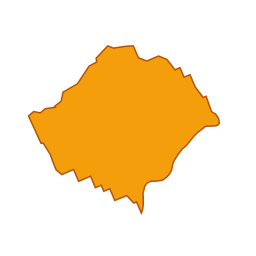 Scott, Missouri, United States of America, rotated 67°
{"feature_id": "52423323B46745928167529", "entity_name": "Scott", "entity_type": "district", "adm_level": 2, "iso_a3": "USA", "parent_name": "United States of America", "parent_adm1": "Missouri", "projection": "mercator", "projection_center": [-89.519, 37.056], "detail": "fine", "context": "isolated", "style": "filled", "palette": "amber", "viewbox_px": 256, "rotation_deg": 67, "n_neighbors": 0, "source": "geoboundaries", "source_scale": "gbopen_adm2", "svg_char_len": 1167}
<svg xmlns="http://www.w3.org/2000/svg" viewBox="0 0 256 256"><g transform="rotate(67 128 128)"><path d="M78.0,214.9L87.6,214.6L102.0,214.2L108.2,214.0L108.7,212.0L121.9,209.9L132.2,210.5L138.5,210.5L145.0,207.2L144.9,194.3L157.8,194.3L157.7,181.3L170.2,181.4L170.2,175.0L176.8,175.0L176.8,168.5L189.5,168.5L189.7,155.5L199.3,152.1L199.4,149.0L211.5,149.0L209.9,147.4L207.9,145.9L205.0,144.2L199.8,141.8L194.0,139.7L188.4,135.5L187.2,134.0L186.4,132.5L186.1,131.7L185.9,128.7L186.0,127.5L188.2,121.9L189.3,117.5L189.3,115.1L188.2,111.3L186.3,107.4L185.0,105.6L183.1,103.9L178.1,100.4L176.6,98.9L175.7,97.8L171.7,92.0L168.3,85.9L167.3,81.8L161.0,69.9L159.0,64.9L158.7,63.2L156.9,56.6L157.0,55.0L160.2,46.8L160.4,45.8L160.2,43.9L160.0,43.2L159.4,42.3L158.7,41.9L155.9,41.1L152.8,41.2L149.5,41.9L145.5,44.7L129.3,43.7L129.3,46.9L116.2,50.1L103.2,50.1L103.1,56.6L98.7,56.6L92.8,56.6L92.9,62.0L80.0,65.4L73.7,71.8L73.7,84.5L67.4,91.0L54.5,91.0L52.1,97.4L48.8,110.1L44.5,114.6L51.3,130.1L55.0,131.0L55.8,139.5L67.6,157.4L69.6,173.7L77.2,179.1L79.4,187.1L80.5,186.8L77.9,196.6L79.8,202.8L76.0,208.4L78.0,214.9Z" fill="#f59e0b" stroke="#b45309" stroke-width="1.5"/></g></svg>